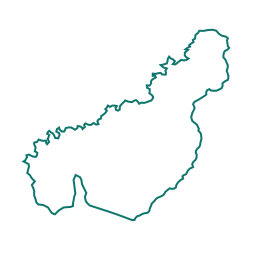 Santo Augusto, Rio Grande do Sul, Brazil (Equal Earth projection), rotated 266°
{"feature_id": "56859067B5859001654584", "entity_name": "Santo Augusto", "entity_type": "district", "adm_level": 2, "iso_a3": "BRA", "parent_name": "Brazil", "parent_adm1": "Rio Grande do Sul", "projection": "equal_earth", "projection_center": [-53.726, -27.897], "detail": "fine", "context": "isolated", "style": "outline", "palette": "teal", "viewbox_px": 256, "rotation_deg": 266, "n_neighbors": 0, "source": "geoboundaries", "source_scale": "gbopen_adm2", "svg_char_len": 3644}
<svg xmlns="http://www.w3.org/2000/svg" viewBox="0 0 256 256"><g transform="rotate(266 128 128)"><path d="M77.9,28.1L74.4,29.4L71.5,30.0L67.2,29.7L65.1,30.4L60.0,31.5L58.0,33.2L57.1,38.0L54.4,42.6L48.5,46.0L47.0,49.0L50.4,53.0L53.2,58.2L53.3,61.7L53.2,65.0L54.0,67.7L55.7,67.7L63.0,69.5L66.3,70.9L80.1,70.1L84.7,72.5L82.4,76.6L79.5,77.9L75.1,78.2L66.1,81.9L62.3,80.2L58.1,80.8L56.0,82.0L53.4,84.4L48.4,96.8L45.7,103.5L42.3,111.5L35.8,125.9L35.9,128.2L37.4,128.9L39.4,131.1L39.9,133.6L41.1,135.9L41.8,138.4L42.0,141.5L43.4,143.3L45.6,144.0L47.5,144.8L49.0,145.7L50.8,146.3L53.0,148.9L55.0,150.7L56.3,152.5L57.4,155.9L58.8,158.9L61.7,160.8L63.5,163.3L64.9,165.5L64.2,167.6L64.4,169.9L65.5,171.7L67.2,172.0L69.2,173.3L70.8,174.7L72.5,177.0L73.7,179.5L76.0,178.9L77.2,180.5L77.7,182.5L79.2,183.6L81.1,184.5L83.1,186.7L84.5,190.2L87.5,189.5L89.6,190.8L91.3,192.9L93.6,194.3L96.5,194.7L98.7,193.9L100.3,194.1L102.5,195.7L104.0,197.7L106.0,198.8L107.8,199.1L109.7,199.7L112.0,200.5L114.1,200.5L116.5,200.4L118.4,199.7L120.3,198.0L122.4,198.6L124.3,197.8L126.5,197.0L127.9,195.5L129.3,193.9L130.7,192.6L133.0,192.0L135.3,192.0L136.9,192.7L138.8,193.3L141.0,194.7L143.1,195.8L144.7,195.6L147.0,194.6L148.6,195.3L149.8,196.8L151.0,199.7L152.4,202.4L154.4,206.1L155.9,208.4L158.5,208.6L160.0,209.4L161.1,211.9L159.6,213.5L159.1,216.6L159.1,219.0L160.0,221.5L161.3,224.3L163.4,225.3L166.1,225.4L168.0,228.3L169.0,230.9L171.0,231.6L172.8,231.8L176.1,231.1L178.3,230.4L180.4,231.4L182.0,231.8L183.7,231.9L186.3,230.9L188.1,230.4L190.0,229.6L191.7,228.1L194.3,228.3L196.5,229.0L198.0,229.9L199.2,232.6L200.9,234.5L202.7,233.3L205.4,233.1L208.4,232.9L210.5,233.9L212.3,232.1L213.5,228.1L215.4,225.5L218.9,222.8L220.0,219.8L220.2,215.0L219.6,210.2L219.8,208.1L220.0,205.9L218.1,204.6L216.1,201.8L212.5,201.1L211.3,198.8L209.2,199.4L207.8,196.8L206.4,194.8L204.9,195.6L203.9,193.0L202.5,190.8L201.7,193.3L199.3,190.0L196.4,189.7L194.6,191.0L193.0,193.2L191.8,190.8L191.5,188.4L192.3,185.8L190.1,182.6L188.1,179.7L188.6,177.2L191.3,179.5L193.2,177.7L194.6,175.3L196.3,174.0L194.0,172.4L192.0,172.2L189.7,171.2L188.8,167.5L188.5,165.0L185.9,167.5L184.7,170.9L182.5,169.3L180.4,169.8L178.6,169.3L179.0,165.8L180.7,164.4L180.5,161.9L180.1,159.3L180.5,156.5L178.3,156.3L178.3,158.6L176.5,159.3L175.4,157.0L174.4,155.3L172.9,154.2L171.0,154.2L168.8,152.5L169.2,149.7L166.7,149.9L165.3,152.4L162.8,152.2L161.1,151.7L159.4,153.9L157.5,155.2L155.7,154.8L153.8,153.1L153.0,150.1L152.3,148.0L151.9,145.5L152.4,143.4L151.4,140.8L153.3,139.9L155.3,137.9L154.7,135.8L153.5,133.6L154.3,130.1L155.7,127.3L154.4,125.9L152.6,123.8L150.9,121.9L149.0,121.2L146.9,121.0L146.0,119.1L147.0,117.3L149.0,116.9L150.6,118.4L151.3,116.4L151.4,113.8L150.3,111.7L151.8,109.5L149.9,108.4L148.4,106.7L146.7,108.1L144.7,106.5L143.3,104.7L141.8,102.2L139.2,101.5L138.6,99.2L136.8,97.9L133.9,98.8L133.6,96.5L135.4,93.9L133.7,91.5L133.9,88.9L135.6,85.8L134.1,84.4L132.1,85.1L130.1,82.6L131.9,81.9L132.9,80.2L133.5,78.0L131.4,77.4L130.0,75.0L131.3,73.1L132.5,71.3L132.7,68.3L132.2,65.8L130.7,65.2L129.0,64.1L129.1,61.7L131.2,59.7L133.2,59.3L131.9,57.1L129.4,56.2L127.7,58.9L126.1,59.3L124.4,58.5L122.6,57.7L123.1,54.7L125.8,53.8L127.8,52.7L128.9,51.0L130.7,49.2L129.4,47.7L127.9,46.9L126.6,49.0L124.8,48.3L122.8,47.2L119.6,48.3L117.5,46.2L119.0,45.3L121.1,45.4L121.1,42.7L121.6,40.5L122.7,38.1L120.4,36.2L120.0,33.4L117.9,33.3L115.3,34.5L113.1,34.0L111.3,33.4L109.7,35.8L107.2,35.4L105.6,34.0L106.2,31.0L108.4,27.3L107.9,24.8L105.9,25.3L104.4,24.1L102.8,23.2L101.9,21.5L99.0,26.3L96.5,26.5L90.1,24.4L87.9,26.8L84.9,28.3L81.2,31.3L77.9,28.1Z" fill="none" stroke="#0f766e" stroke-width="2"/></g></svg>